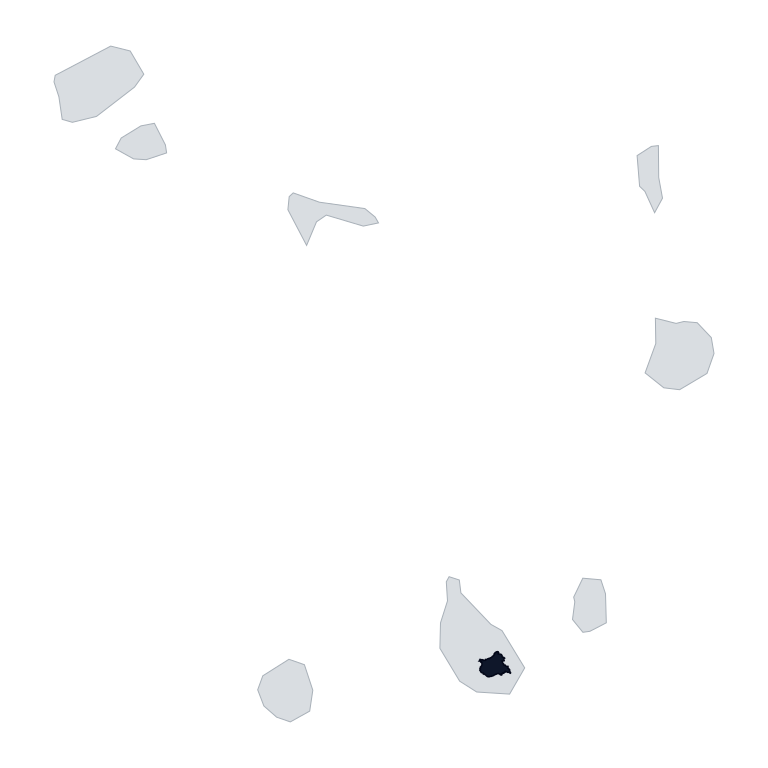 Sao Nicolau Tolentino, São Domingos, Cabo Verde (highlighted)
{"feature_id": "66160863B10929768356041", "entity_name": "Sao Nicolau Tolentino", "entity_type": "district", "adm_level": 2, "iso_a3": "CPV", "parent_name": "Cabo Verde", "parent_adm1": "São Domingos", "projection": "robinson", "projection_center": [-23.566, 15.021], "detail": "fine", "context": "in_parent", "style": "filled", "palette": "ink", "viewbox_px": 768, "rotation_deg": 0, "n_neighbors": 0, "source": "geoboundaries", "source_scale": "gbopen_adm2", "svg_char_len": 5755}
<svg xmlns="http://www.w3.org/2000/svg" viewBox="0 0 768 768"><path d="M524.7,667.9L509.6,694.1L476.7,692.0L459.7,681.2L439.9,648.3L440.5,622.9L447.5,600.9L446.3,581.8L449.1,576.7L459.3,580.0L460.9,592.9L490.9,624.4L502.0,630.6L524.7,667.9ZM96.5,116.4L72.4,122.3L62.2,119.4L58.9,96.8L54.0,81.9L55.2,75.3L110.7,46.1L130.2,51.0L143.8,74.2L134.5,87.1L96.5,116.4ZM655.4,318.2L676.1,323.4L683.9,321.5L697.2,322.7L711.3,337.6L714.0,353.5L707.0,373.4L679.6,389.7L663.8,387.8L645.1,372.9L655.8,343.5L655.4,318.2ZM309.7,711.1L290.3,721.9L276.7,717.2L263.9,706.0L257.7,689.8L262.8,675.8L288.9,659.3L304.4,664.7L312.8,690.2L309.7,711.1ZM364.9,208.6L375.1,217.0L378.5,222.9L363.3,226.1L326.3,215.1L316.5,221.8L306.6,245.4L287.9,209.7L289.2,196.6L293.2,192.9L319.4,202.2L364.9,208.6ZM589.9,631.3L582.9,632.3L572.5,619.5L574.8,601.8L573.7,597.1L582.8,578.2L600.9,579.8L605.5,593.8L606.3,622.8L589.9,631.3ZM166.6,152.9L146.2,159.7L133.6,158.9L115.5,148.8L121.2,138.0L140.9,125.9L154.4,123.3L165.4,144.9L166.6,152.9ZM662.5,198.2L654.6,212.7L644.9,191.4L639.6,186.3L637.1,155.6L651.4,146.4L658.4,145.6L658.7,177.4L662.5,198.2Z" fill="#d9dde1" stroke="#a8b0b8" stroke-width="1"/><path d="M498.2,651.8L497.6,651.6L497.4,651.7L497.1,651.7L496.9,651.7L496.5,651.8L496.4,651.9L496.3,652.1L496.1,652.2L496.1,652.3L495.8,652.2L495.4,652.4L495.3,652.6L495.1,652.9L494.8,653.0L494.6,653.3L494.5,653.5L494.4,653.7L494.3,653.8L494.0,654.1L494.1,654.7L494.3,654.7L494.1,655.1L493.8,655.3L493.7,655.5L493.4,655.8L493.1,655.9L493.0,656.0L492.8,656.1L492.7,656.2L492.4,656.3L492.2,656.6L492.1,656.8L491.4,657.4L491.3,657.5L491.0,657.6L490.9,657.6L490.5,657.8L490.0,658.1L489.9,658.1L489.7,658.5L489.4,658.7L489.2,658.6L488.9,658.4L488.8,658.5L488.7,658.6L488.1,658.7L487.7,658.8L487.6,659.0L487.4,659.1L487.2,659.2L486.9,659.3L486.6,659.5L486.4,659.5L486.2,659.5L485.9,659.4L485.6,659.4L485.6,659.5L485.6,660.1L485.5,660.3L485.3,660.4L485.2,660.4L484.9,660.5L484.7,660.4L484.3,660.2L484.0,660.2L483.9,660.3L483.7,660.4L483.5,660.5L483.3,660.4L483.0,659.9L482.7,660.0L482.5,659.8L482.4,659.7L482.1,659.8L481.7,659.8L481.4,659.7L481.3,659.8L481.1,659.8L481.0,659.7L480.8,659.8L480.5,659.7L480.3,659.6L480.2,659.5L480.1,659.8L479.8,659.9L479.8,660.0L479.6,660.0L479.4,660.5L479.4,660.8L479.5,660.9L479.4,661.0L479.5,661.0L479.8,661.1L480.0,661.2L480.2,661.3L480.3,661.2L480.4,661.4L480.5,661.5L480.7,661.8L480.7,662.0L480.8,662.1L481.0,661.9L481.1,662.0L481.3,661.8L481.5,661.7L481.6,662.0L481.7,662.3L481.8,662.4L481.9,662.7L481.8,663.0L481.9,663.3L481.9,663.5L482.0,664.3L481.8,665.2L481.8,665.4L481.8,665.5L481.7,665.7L481.5,666.0L481.4,666.0L481.1,666.3L480.9,666.7L480.8,666.8L480.6,666.9L480.4,667.0L480.3,667.3L480.3,667.5L480.5,667.8L480.4,668.0L480.2,668.2L480.1,668.5L479.9,668.8L480.4,669.3L480.3,669.7L480.0,669.9L479.8,670.2L480.2,670.8L480.4,671.0L480.5,671.1L480.8,671.9L480.9,672.0L481.0,672.1L481.4,672.6L481.7,672.6L481.9,672.6L482.5,672.9L483.1,672.9L483.2,673.3L483.3,673.9L483.6,673.9L483.8,674.1L484.0,673.9L484.4,674.0L484.7,674.3L484.9,674.5L485.5,674.9L485.9,675.2L486.5,675.9L486.8,676.1L487.5,676.6L488.1,676.7L488.8,676.8L488.9,676.6L489.0,676.5L489.3,676.6L489.6,676.7L490.3,676.4L491.2,676.4L491.4,676.2L491.9,676.2L492.1,675.9L492.5,675.9L493.0,675.7L493.3,675.7L493.7,675.4L493.9,675.4L494.0,675.3L494.1,675.2L494.2,674.9L494.3,674.8L495.0,674.6L495.3,674.5L495.6,674.5L495.7,674.4L496.1,674.2L496.3,673.8L496.5,673.8L496.8,674.0L497.1,673.8L497.3,673.7L497.5,673.6L497.9,673.5L498.0,673.4L498.3,673.4L498.6,673.5L499.0,673.9L499.4,673.8L499.6,673.9L499.9,674.3L500.0,674.3L500.1,674.5L500.4,674.5L500.7,674.3L500.9,674.2L500.9,674.3L501.0,674.6L501.0,674.8L501.1,675.1L501.5,675.0L501.5,674.9L501.8,674.8L501.9,674.7L501.9,674.4L501.8,674.1L501.9,673.9L502.1,673.9L502.2,673.6L502.5,673.1L502.6,672.9L502.8,672.9L503.1,672.8L503.6,673.3L503.8,673.2L504.1,672.9L504.1,672.7L504.1,672.4L504.6,672.0L504.8,672.1L505.0,672.0L505.4,672.1L505.5,672.0L505.5,671.3L505.9,671.5L506.1,671.7L506.4,671.6L506.5,671.7L506.6,671.8L506.9,671.9L507.4,672.3L507.5,672.3L507.7,672.0L507.9,672.0L508.1,672.3L508.3,672.3L508.7,672.3L508.9,672.3L509.3,672.5L509.5,672.7L509.8,672.8L510.0,673.0L510.2,673.3L510.3,673.3L510.5,673.1L510.6,672.7L510.4,672.3L510.3,672.2L510.1,672.3L510.0,672.2L510.1,671.8L510.2,671.7L510.3,671.7L510.1,671.6L509.9,671.4L509.8,671.2L509.7,670.9L509.5,670.7L509.7,670.2L509.7,669.8L509.6,669.7L509.3,669.5L509.1,669.5L509.0,669.4L509.0,669.1L509.0,668.9L508.9,668.8L508.7,668.7L508.1,668.5L508.2,668.4L508.1,668.2L508.1,667.8L508.0,667.6L508.0,667.4L507.9,667.1L507.9,666.9L508.0,666.9L508.1,666.6L508.3,666.4L508.5,666.3L508.4,666.3L508.1,666.3L507.9,666.3L507.6,666.4L507.3,666.4L506.8,666.5L506.4,666.3L506.2,666.3L506.0,666.2L505.9,666.0L505.7,666.0L505.6,665.8L505.4,665.5L505.2,665.3L505.0,665.5L504.9,665.6L505.0,665.3L504.9,665.3L504.8,665.2L504.6,665.1L504.3,665.2L503.7,664.8L503.6,664.7L503.8,664.3L503.8,664.2L503.6,664.0L503.5,663.9L503.3,663.7L503.2,663.6L502.9,663.3L502.8,663.0L502.6,662.8L502.6,662.7L502.5,662.4L502.4,662.0L502.3,661.8L502.2,661.7L502.1,661.4L501.9,661.1L503.0,661.0L503.5,660.8L504.1,660.8L504.2,660.5L504.2,660.4L503.8,660.0L503.8,659.8L503.8,659.6L503.8,659.3L503.9,659.0L504.1,658.7L504.1,658.4L504.6,658.1L504.4,657.9L504.2,657.8L503.8,657.6L503.7,657.4L503.4,657.4L503.2,657.5L503.0,657.4L502.9,657.3L502.8,657.1L502.7,657.1L502.4,657.2L502.2,657.0L502.2,656.8L502.1,656.5L502.1,656.3L502.1,655.7L501.8,655.4L501.7,655.0L501.6,654.8L501.5,654.7L501.2,654.4L500.7,654.4L500.3,654.2L500.2,654.1L499.7,654.1L498.9,654.0L498.7,653.9L498.3,653.8L498.4,653.7L498.4,653.4L498.5,653.1L498.7,652.7L498.4,652.3L498.3,652.2L498.2,652.1L498.2,651.9L498.2,651.8Z" fill="#0f172a" stroke="#020617" stroke-width="1.5"/></svg>